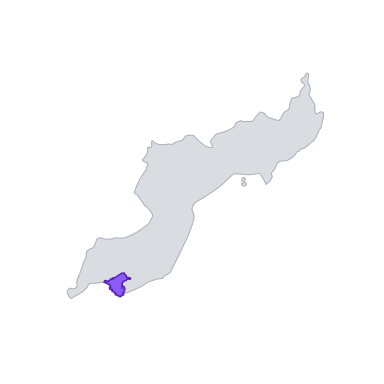 Mulanje, Mulanje, Malawi (highlighted), rotated 63°
{"feature_id": "42251766B75579143939980", "entity_name": "Mulanje", "entity_type": "district", "adm_level": 2, "iso_a3": "MWI", "parent_name": "Malawi", "parent_adm1": "Mulanje", "projection": "mercator", "projection_center": [35.53, -15.905], "detail": "fine", "context": "in_parent", "style": "filled", "palette": "violet", "viewbox_px": 384, "rotation_deg": 63, "n_neighbors": 0, "source": "geoboundaries", "source_scale": "gbopen_adm2", "svg_char_len": 7163}
<svg xmlns="http://www.w3.org/2000/svg" viewBox="0 0 384 384"><g transform="rotate(63 192 192)"><path d="M149.3,221.3L147.2,218.3L145.4,219.1L143.0,221.1L141.7,221.7L141.0,221.6L140.6,221.1L140.1,219.8L138.2,216.0L136.1,213.3L133.9,212.2L132.1,211.0L132.9,209.8L133.7,208.9L133.3,208.0L132.3,206.7L128.4,204.9L128.3,204.0L131.8,202.4L134.0,200.5L135.5,198.6L137.4,194.6L138.9,190.5L140.1,189.2L140.5,186.5L140.2,183.5L141.0,179.6L141.4,176.0L140.2,174.6L139.2,172.1L140.4,168.0L142.2,165.1L151.0,162.1L157.1,159.4L158.4,158.2L160.4,155.9L161.6,153.7L160.8,153.0L156.0,152.9L154.8,152.1L151.3,144.1L153.2,135.1L153.4,131.5L153.4,127.1L152.7,123.9L151.2,122.5L150.3,120.8L150.5,116.1L152.0,115.5L155.0,109.3L156.4,105.6L154.7,102.7L152.9,98.5L152.1,95.8L151.7,95.0L152.9,93.3L155.0,91.7L157.3,91.3L159.7,90.5L167.4,82.8L167.5,81.3L166.1,78.7L163.2,74.8L162.6,73.2L162.3,68.5L161.1,67.1L156.9,63.9L153.7,60.6L154.7,57.2L155.2,53.5L153.6,51.5L151.2,49.4L149.8,46.4L149.1,44.1L147.2,43.2L145.5,43.1L144.2,44.6L142.8,44.4L141.2,43.9L140.6,42.0L140.6,39.8L139.4,38.4L138.3,36.4L138.2,35.3L138.9,35.0L140.3,34.8L146.5,38.9L150.3,39.0L154.4,39.8L158.0,43.3L159.8,43.8L162.2,43.3L168.9,43.0L171.6,43.5L175.1,45.6L176.5,45.8L178.7,45.9L179.0,45.4L179.3,44.1L178.9,41.6L179.4,40.3L180.7,38.8L184.4,40.5L193.6,48.3L193.8,49.3L199.7,57.0L201.6,60.3L201.6,62.0L203.4,68.7L203.8,71.9L203.4,74.3L203.5,76.2L204.2,79.0L203.9,80.2L206.0,84.2L207.0,87.6L207.2,90.9L206.7,94.1L204.8,98.9L204.5,100.8L204.9,102.5L206.1,104.4L208.1,106.4L209.6,108.9L210.6,111.7L211.5,113.0L212.5,113.0L214.5,113.4L216.1,115.1L217.9,117.9L218.5,121.2L218.8,122.6L213.5,122.5L206.9,123.0L205.3,124.3L204.8,127.1L202.8,132.9L201.6,135.0L199.2,138.9L195.7,144.5L195.0,146.3L195.1,148.1L197.2,155.6L199.3,163.5L200.0,166.6L201.5,177.1L202.3,184.5L202.4,188.9L203.1,194.7L205.0,197.9L207.0,199.8L214.5,201.0L216.7,202.5L220.9,206.2L230.2,216.5L235.2,223.1L239.7,228.9L247.7,239.7L253.9,248.1L254.6,256.0L255.7,257.1L253.6,263.0L252.2,272.4L253.2,278.7L252.8,289.4L251.7,300.9L250.2,304.9L248.4,306.5L244.1,307.7L234.6,309.2L233.1,310.5L231.9,312.7L230.0,318.0L227.7,323.3L227.0,325.6L227.4,326.2L229.5,328.9L231.5,335.8L231.9,347.8L231.2,348.7L228.3,349.2L225.3,349.0L224.1,348.4L222.9,347.0L222.1,344.5L224.1,342.7L224.8,339.6L223.5,336.9L221.0,336.3L217.8,333.9L210.9,325.9L205.1,320.3L201.7,315.7L198.3,313.8L197.3,312.7L196.5,310.7L196.5,307.9L196.8,305.9L195.7,303.5L192.3,299.9L190.7,297.9L190.6,295.5L192.1,293.2L195.0,290.4L197.3,284.8L198.1,281.1L202.2,273.7L202.8,267.3L202.9,262.2L202.7,258.4L201.6,250.5L200.8,245.1L195.7,238.0L194.0,237.4L189.1,238.0L184.9,239.0L182.8,240.5L179.7,240.6L171.4,241.8L168.9,242.3L167.4,243.6L166.5,243.9L161.3,238.4L156.8,232.5L151.0,222.5L149.3,221.3ZM209.3,144.1L207.9,144.4L207.0,143.7L207.3,141.5L207.7,140.0L209.1,139.7L210.1,140.1L210.7,140.8L210.8,142.0L210.4,143.2L209.3,144.1ZM206.2,140.1L205.4,142.3L203.8,142.3L202.3,140.3L202.8,138.9L204.2,138.4L205.5,139.0L206.2,140.1Z" fill="#d9dde1" stroke="#a8b0b8" stroke-width="1"/><path d="M232.8,302.1L233.5,302.1L233.2,302.4L233.0,302.5L232.9,302.8L233.0,303.3L233.0,303.5L232.8,303.4L232.7,303.5L232.8,303.7L232.8,303.9L232.9,304.1L232.8,304.4L232.9,304.6L233.1,304.9L233.1,305.0L233.2,305.3L233.3,305.5L233.1,306.2L233.1,306.4L233.4,306.5L233.4,306.8L233.5,306.9L233.4,307.1L233.4,307.6L233.3,307.8L233.1,307.9L233.1,308.2L233.0,308.3L232.8,308.2L232.6,308.3L232.3,308.4L232.1,308.5L231.9,308.8L232.0,309.0L231.7,309.2L231.6,309.8L231.4,310.1L231.5,310.2L231.7,310.3L231.7,310.6L231.8,310.7L232.1,310.8L232.5,311.3L232.6,311.2L232.8,311.0L233.0,310.9L233.2,310.7L233.5,310.5L233.7,310.3L233.9,310.3L234.0,310.2L234.2,309.7L234.5,309.6L234.7,309.4L234.8,309.3L235.0,309.2L235.2,308.8L235.3,308.8L235.5,308.8L235.9,308.6L236.0,308.5L236.2,308.3L236.2,308.2L236.3,308.0L236.3,307.8L236.4,307.6L236.8,307.4L237.0,307.4L237.3,307.3L237.4,307.1L237.7,307.1L237.9,307.2L238.1,307.2L238.2,307.3L238.8,307.5L239.1,307.5L239.2,307.4L239.4,307.4L239.6,307.4L239.6,307.5L239.7,307.8L239.6,308.1L239.7,308.3L239.8,308.3L240.2,308.4L240.2,308.5L240.0,308.8L240.3,308.8L240.5,308.9L240.8,308.9L240.9,309.0L240.9,309.3L241.1,309.3L241.2,309.1L241.4,309.0L241.4,308.9L241.5,308.9L241.6,309.1L241.8,308.9L241.8,308.7L241.9,308.4L241.9,308.2L242.1,308.0L242.2,307.9L242.4,307.6L242.4,307.4L242.5,307.4L242.6,307.7L242.8,307.8L243.0,307.9L242.9,307.7L243.1,307.7L243.3,307.6L243.5,307.8L243.8,307.9L244.1,307.7L244.4,307.6L244.6,307.6L244.9,307.6L245.2,307.5L245.2,307.4L245.2,307.2L245.3,307.2L245.7,307.0L246.0,306.8L246.3,306.8L246.3,306.7L246.5,306.7L247.0,306.3L247.1,306.5L247.2,306.4L247.4,306.5L247.5,306.6L247.3,306.7L247.4,306.8L247.5,306.7L247.8,306.6L248.0,306.6L248.5,306.6L248.4,306.5L248.5,306.4L248.5,306.2L248.8,306.2L249.5,305.8L249.6,305.6L249.8,305.6L250.0,305.5L250.1,305.4L250.2,305.5L250.5,305.4L250.7,305.2L250.7,304.8L250.9,304.6L251.1,304.7L251.3,304.6L251.5,304.5L251.5,304.4L251.8,304.3L251.8,304.2L252.0,304.1L252.3,304.0L252.5,303.9L252.6,303.7L252.7,303.4L252.8,303.2L252.7,303.0L252.8,303.0L252.8,302.9L252.7,302.8L252.8,302.7L252.7,302.3L252.6,302.2L252.5,302.3L252.4,302.2L252.3,301.9L252.3,301.5L252.3,301.3L252.3,301.1L252.3,300.8L252.3,300.6L252.3,300.3L252.4,300.2L252.6,299.7L252.1,299.6L251.9,299.7L251.6,299.7L251.4,299.5L251.2,299.5L250.6,299.7L250.4,299.2L250.5,299.1L250.5,298.8L250.6,298.7L250.5,298.4L250.5,298.2L250.4,298.1L250.2,298.1L250.0,297.9L249.7,297.2L249.4,296.9L249.2,296.9L248.9,296.6L248.6,296.4L248.3,296.5L248.2,296.4L248.0,296.2L247.8,296.2L247.8,296.4L247.7,296.4L247.4,296.3L247.5,296.1L247.3,296.0L247.3,295.6L247.2,295.6L246.7,295.5L246.4,295.5L245.8,295.5L245.2,295.6L244.4,296.3L244.5,296.5L245.4,297.4L245.7,297.9L245.7,298.0L244.7,297.2L244.3,297.0L244.1,296.8L243.5,297.2L243.5,297.3L243.4,297.1L243.3,296.9L242.9,296.6L242.8,296.3L242.7,296.2L242.2,296.2L242.1,295.9L241.9,295.7L241.7,295.6L241.4,295.7L241.3,295.2L241.2,295.0L241.2,294.7L241.1,294.4L240.9,294.1L240.6,293.8L240.6,293.6L240.6,293.1L240.7,292.6L240.7,292.2L240.7,291.9L240.9,291.4L240.8,290.9L240.8,290.5L240.7,290.2L240.5,289.9L240.4,289.9L240.2,289.8L240.1,289.7L240.0,289.3L240.2,289.2L240.3,289.0L240.2,288.9L240.3,288.7L240.6,288.6L240.6,288.4L240.9,288.1L240.9,287.9L241.0,287.9L241.1,287.7L241.3,287.5L241.4,287.4L241.4,287.2L241.5,287.0L241.4,286.9L241.5,286.9L241.5,286.6L241.4,286.6L241.3,286.3L241.2,286.2L241.1,285.9L240.9,285.9L240.9,286.0L240.7,286.1L240.6,286.3L240.3,286.3L239.9,286.6L239.8,286.8L239.7,287.1L239.5,287.4L239.4,287.5L239.2,287.9L239.1,288.1L238.7,288.3L238.4,288.4L238.3,288.6L238.1,288.7L238.1,288.8L237.9,288.8L237.6,288.8L237.4,288.9L237.2,289.0L236.7,289.0L236.2,288.9L236.4,288.8L236.3,288.7L236.2,288.8L236.0,288.6L235.8,288.6L235.7,288.7L235.5,288.8L235.4,288.9L235.3,289.0L235.2,289.1L235.3,289.1L235.2,289.1L234.8,289.3L234.8,289.2L234.6,289.3L234.4,289.3L234.2,289.4L234.0,289.5L233.9,289.4L233.7,289.4L233.4,289.5L233.3,289.4L232.4,291.7L232.5,292.3L232.5,292.6L232.8,294.8L233.0,297.1L233.3,299.2L233.2,300.4L233.1,300.6L232.8,301.0L232.5,301.7L232.5,301.8L232.8,302.0L232.8,302.1Z" fill="#8b5cf6" stroke="#5b21b6" stroke-width="1.5"/></g></svg>